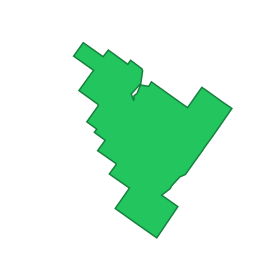 outline of Pulaski, Arkansas, United States of America, rotated 34°
{"feature_id": "52423323B71527325360101", "entity_name": "Pulaski", "entity_type": "district", "adm_level": 2, "iso_a3": "USA", "parent_name": "United States of America", "parent_adm1": "Arkansas", "projection": "orthographic", "projection_center": [-92.355, 34.752], "detail": "fine", "context": "isolated", "style": "filled", "palette": "green", "viewbox_px": 256, "rotation_deg": 34, "n_neighbors": 0, "source": "geoboundaries", "source_scale": "gbopen_adm2", "svg_char_len": 846}
<svg xmlns="http://www.w3.org/2000/svg" viewBox="0 0 256 256"><g transform="rotate(34 128 128)"><path d="M92.3,70.4L92.3,70.9L92.2,75.3L82.4,74.9L68.1,74.4L67.5,82.8L43.2,82.3L42.7,98.8L46.4,98.9L67.2,99.4L66.4,124.4L90.1,125.2L90.9,126.3L90.4,145.9L102.8,146.4L102.5,150.4L114.5,150.9L115.9,150.9L115.7,158.2L115.5,163.8L137.8,164.2L138.7,165.0L138.5,168.2L138.2,176.6L143.1,176.7L162.8,177.0L162.4,201.9L171.3,202.1L186.5,202.5L213.3,203.0L213.3,165.3L193.5,164.9L196.9,154.6L196.5,151.8L198.2,139.8L201.6,134.3L202.0,117.0L202.4,103.6L202.2,102.0L202.3,101.9L202.5,95.2L202.8,86.3L202.9,80.4L203.2,53.7L191.4,53.6L171.1,53.0L166.5,53.0L166.0,77.8L158.5,77.7L121.6,76.7L121.9,81.9L114.3,85.3L116.2,94.2L115.0,98.0L117.6,102.2L111.7,98.0L113.7,83.9L108.2,72.5L106.6,71.2L92.3,70.4Z" fill="#22c55e" stroke="#15803d" stroke-width="1.5"/></g></svg>